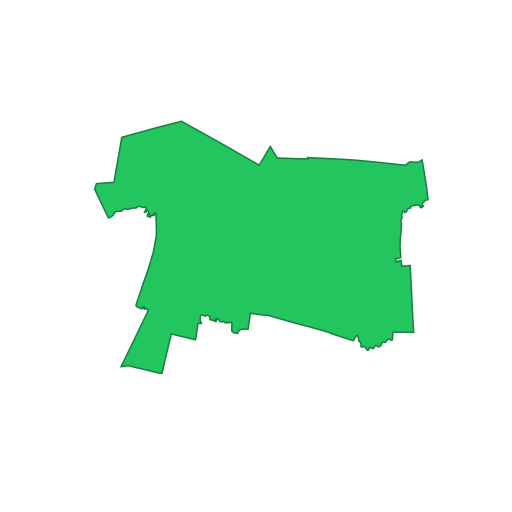 the district of Orbeasca, Teleorman, Romania, rotated 115°
{"feature_id": "2599482B32286480268164", "entity_name": "Orbeasca", "entity_type": "district", "adm_level": 2, "iso_a3": "ROU", "parent_name": "Romania", "parent_adm1": "Teleorman", "projection": "orthographic", "projection_center": [25.351, 44.113], "detail": "fine", "context": "isolated", "style": "filled", "palette": "green", "viewbox_px": 512, "rotation_deg": 115, "n_neighbors": 0, "source": "geoboundaries", "source_scale": "gbopen_adm2", "svg_char_len": 5884}
<svg xmlns="http://www.w3.org/2000/svg" viewBox="0 0 512 512"><g transform="rotate(115 256 256)"><path d="M257.3,430.2L257.9,431.2L263.7,430.4L270.8,421.8L281.2,409.1L283.8,406.1L282.9,404.6L279.7,402.7L275.8,402.4L274.8,401.6L272.1,396.8L268.6,395.2L268.0,392.3L267.2,390.9L264.4,387.7L263.5,385.3L260.3,383.1L259.8,378.9L258.4,376.4L259.4,375.5L263.5,375.5L263.4,375.2L262.7,374.2L262.3,374.3L262.2,374.6L261.9,374.6L261.6,374.5L261.4,374.0L260.5,373.9L260.4,373.8L260.4,373.6L260.4,373.3L260.8,372.8L261.5,372.1L261.9,371.5L262.1,371.4L262.3,371.2L262.4,370.7L262.5,370.6L263.1,370.3L263.4,370.3L263.5,370.5L263.3,371.0L263.2,371.3L263.3,371.8L263.5,371.9L264.6,371.7L265.3,371.4L265.9,371.3L266.0,371.1L265.5,370.0L265.5,369.5L265.2,369.1L265.2,368.9L265.7,368.7L265.6,368.3L265.5,368.1L265.4,368.1L264.2,368.8L263.9,368.7L263.7,368.6L263.6,368.4L263.9,368.1L263.9,367.9L263.4,367.6L263.1,367.1L262.1,367.1L261.9,367.1L261.8,366.9L262.0,366.6L262.7,366.1L262.7,365.9L262.3,365.7L262.1,365.6L261.7,365.7L261.4,366.1L261.1,365.9L260.9,365.6L260.7,365.5L260.5,365.9L259.9,365.9L259.7,365.5L260.1,365.1L259.9,364.7L260.0,364.4L260.5,364.3L260.6,363.9L260.8,363.8L261.4,363.8L261.6,363.7L276.3,356.4L277.1,356.2L277.8,355.8L279.4,355.0L284.1,353.7L287.3,352.9L291.6,351.7L293.3,351.4L295.3,350.8L296.0,350.7L308.9,348.7L315.4,347.9L315.8,347.9L326.7,346.8L351.6,344.0L352.1,342.9L352.2,342.2L352.6,341.7L352.6,341.2L352.2,340.6L352.1,339.7L352.1,339.2L352.3,338.7L352.4,338.0L351.7,337.5L351.6,337.2L351.6,336.6L351.2,336.1L350.6,336.7L350.4,337.2L350.1,337.3L349.8,337.2L349.3,336.2L349.3,335.9L349.6,335.6L350.3,335.2L350.8,335.2L351.4,334.7L351.2,334.3L350.2,334.2L350.0,333.8L350.3,333.3L350.3,333.0L350.0,332.2L350.1,331.8L350.2,331.6L350.8,331.4L350.8,330.8L351.1,330.6L413.3,331.5L409.3,325.5L408.9,323.1L407.9,318.1L402.8,292.9L401.9,291.6L388.2,294.6L362.5,299.8L357.5,275.5L354.3,276.2L351.3,277.1L342.2,280.0L341.7,280.0L341.4,279.7L341.3,279.1L340.9,278.5L340.7,277.8L340.4,277.2L340.2,277.1L339.9,277.1L339.6,277.2L339.5,277.4L338.9,278.2L338.7,278.4L338.2,279.2L338.0,279.4L336.5,280.0L336.1,280.0L333.8,281.0L333.0,280.9L332.3,280.7L332.2,279.1L332.1,278.7L332.1,277.8L332.1,277.6L332.1,276.6L331.9,276.4L331.8,276.5L331.7,276.7L331.1,276.5L330.9,276.0L330.2,275.4L330.2,275.1L330.4,274.0L330.2,273.2L330.5,272.6L330.5,272.4L330.5,272.2L331.3,271.7L332.1,271.6L332.4,271.5L332.8,271.0L333.1,270.2L333.1,269.9L333.0,269.7L332.3,269.3L332.2,269.0L332.3,268.8L332.7,268.4L332.8,268.2L332.7,267.7L332.4,267.5L332.4,267.3L332.4,266.5L332.6,265.9L332.5,265.2L332.2,264.6L331.9,264.6L331.7,264.6L331.6,264.8L331.8,265.5L331.6,265.7L331.4,265.9L330.0,265.9L329.6,265.8L329.3,265.5L329.2,265.1L329.3,265.0L330.2,264.8L330.4,264.5L330.4,264.4L330.2,264.2L329.7,264.0L329.2,263.3L329.0,262.9L329.0,262.6L329.1,262.3L329.2,262.2L329.7,262.2L329.9,262.2L330.0,262.0L330.3,261.6L330.5,261.3L330.5,260.6L330.3,259.3L330.2,259.0L329.8,258.6L329.2,258.3L329.1,258.1L329.0,257.9L329.0,257.4L329.2,256.8L329.6,256.1L329.6,255.7L329.3,254.9L329.0,254.4L328.8,254.3L328.3,254.5L328.2,254.4L328.1,254.1L328.2,253.5L328.2,252.7L328.0,252.4L327.7,252.3L326.5,249.7L334.1,246.4L335.0,243.9L333.9,239.9L332.8,240.5L330.8,239.6L329.3,238.8L328.5,238.2L327.7,237.0L327.3,235.8L325.7,232.2L310.3,236.9L307.6,227.9L306.4,224.4L305.9,223.2L304.5,219.2L303.2,210.3L299.6,188.0L298.5,181.9L297.6,177.7L296.3,169.4L294.5,158.4L294.4,154.5L292.7,139.7L291.6,132.0L290.5,131.8L288.3,131.7L286.5,131.4L285.6,131.1L285.4,130.8L285.4,130.5L285.6,129.9L286.1,129.3L287.1,128.4L288.7,127.6L289.7,126.7L289.9,126.1L289.9,125.9L289.7,125.4L289.9,125.1L290.0,124.8L290.2,124.6L291.8,123.4L292.4,123.1L293.2,122.9L293.6,122.7L294.0,122.3L294.0,122.0L293.9,121.8L293.5,121.1L293.3,121.0L293.2,120.7L292.7,120.4L292.5,120.0L292.1,119.6L292.1,119.3L292.1,119.1L292.3,118.4L293.3,117.5L293.6,116.7L294.1,116.1L294.2,115.9L294.2,115.5L294.2,115.0L293.8,114.4L293.6,114.3L293.4,114.2L291.8,114.5L290.8,114.4L290.5,114.0L290.4,113.4L290.5,112.6L290.8,112.1L290.8,111.8L290.4,111.0L290.0,110.4L288.4,110.1L286.9,110.1L286.7,110.1L286.6,109.9L286.3,109.5L286.2,109.1L286.4,108.0L286.3,107.7L286.7,107.3L286.7,107.0L286.6,106.6L286.1,105.9L285.8,105.6L284.1,105.0L283.7,104.9L281.2,104.9L280.7,104.6L280.1,104.4L280.0,103.9L279.9,103.1L279.9,102.8L279.6,102.3L278.8,101.9L277.0,101.7L276.0,101.4L275.1,100.9L275.0,100.6L275.3,98.4L275.1,97.8L274.8,97.2L274.7,97.1L274.3,97.1L273.9,97.2L267.1,99.5L263.3,91.4L258.6,80.8L248.5,86.3L199.5,112.2L200.0,113.2L201.3,115.3L203.7,119.6L198.7,122.6L199.4,123.7L199.6,123.6L200.4,124.9L201.0,124.5L202.2,126.6L199.3,128.4L198.5,126.7L196.2,124.1L186.6,129.4L181.3,131.7L165.5,137.6L164.8,138.1L164.0,139.3L162.5,139.8L161.7,139.6L158.4,140.3L157.7,141.2L156.5,141.6L155.6,141.6L154.7,141.9L153.2,142.0L153.6,139.5L153.1,139.6L153.0,139.1L152.7,138.6L152.3,138.4L151.0,138.3L150.5,138.7L149.8,138.9L149.6,138.7L149.4,138.4L148.5,137.6L147.9,136.8L147.5,136.5L147.1,136.4L146.1,136.5L145.7,136.7L144.4,135.5L143.9,135.2L143.3,134.5L143.2,134.3L143.3,133.7L143.2,133.4L142.4,133.1L142.2,132.8L142.0,131.9L141.6,131.3L141.3,130.2L141.3,129.5L141.6,129.1L141.8,128.4L142.3,127.8L142.5,127.3L142.4,126.7L142.2,126.4L141.8,126.1L141.6,126.2L141.5,126.3L141.2,126.3L141.0,126.2L140.7,125.6L140.1,125.4L139.9,125.5L139.7,125.8L139.6,126.7L139.5,127.0L139.3,127.3L139.0,127.4L138.1,127.2L136.8,127.1L136.1,126.7L135.0,126.5L134.6,126.4L133.8,125.6L133.0,125.0L132.4,124.0L132.1,124.1L131.3,124.4L125.4,128.3L124.3,128.9L123.8,129.0L105.3,141.5L98.7,146.1L101.5,147.9L102.0,148.2L102.7,149.0L104.5,153.3L105.7,156.4L110.5,159.1L110.9,159.8L117.6,179.5L126.4,204.6L131.8,218.5L141.6,242.4L145.0,250.9L146.3,250.4L152.8,265.4L158.2,278.3L150.7,289.3L172.3,291.5L168.6,335.9L165.4,380.5L182.0,400.7L205.1,427.8L249.2,415.9L257.3,430.2Z" fill="#22c55e" stroke="#15803d" stroke-width="1.5"/></g></svg>